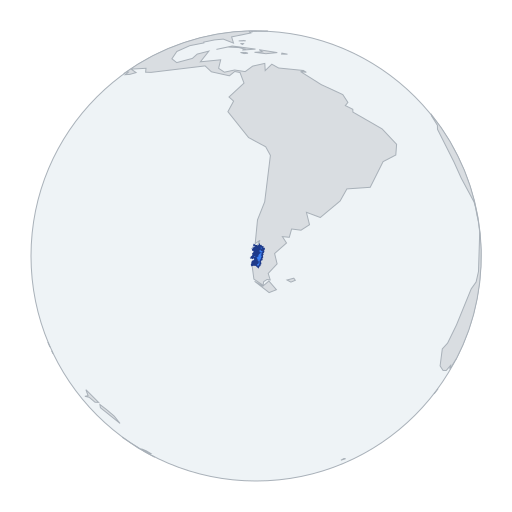 Aisén del General Carlos Ibáñez del Campo on an orthographic globe
{"feature_id": "CHL-2691", "entity_name": "Aisén del General Carlos Ibáñez del Campo", "entity_type": "Region", "adm_level": 1, "iso_a3": "CHL", "parent_name": "Chile", "parent_adm1": "", "projection": "orthographic", "projection_center": [-74.056, -46.391], "detail": "fine", "context": "on_globe", "style": "filled", "palette": "blue", "viewbox_px": 512, "rotation_deg": 0, "n_neighbors": 0, "source": "natural_earth", "source_scale": "10m", "svg_char_len": 9005}
<svg xmlns="http://www.w3.org/2000/svg" viewBox="0 0 512 512"><circle cx="256" cy="256" r="225" fill="#eef3f6" stroke="#a8b0b8"/><path d="M47.8,342.1L48.2,342.9L48.4,343.2L47.8,342.1ZM267.8,31.0L265.8,30.9L268.0,31.2L251.5,31.3L252.9,31.7L250.1,32.2L249.0,31.5L250.7,33.0L231.6,36.9L233.5,43.1L223.3,39.1L214.5,39.9L203.8,42.1L203.9,42.9L189.7,45.7L176.8,51.5L171.9,58.8L176.7,62.6L192.4,58.4L197.2,54.1L208.9,51.1L200.4,61.8L220.7,59.8L218.6,68.3L224.4,72.2L234.6,70.0L245.2,71.6L252.7,66.1L264.8,63.4L265.2,70.6L271.8,64.2L278.6,68.0L302.7,70.4L300.9,71.8L321.2,84.6L342.8,94.6L347.9,102.4L345.3,105.6L352.8,109.3L352.9,112.1L382.1,128.9L396.6,144.3L395.8,155.0L383.1,161.6L370.2,187.3L346.9,188.9L340.1,201.0L320.3,217.5L306.4,212.3L309.5,224.7L301.0,230.2L291.6,229.0L289.3,237.3L282.4,236.6L286.5,243.0L274.6,253.5L277.1,263.9L268.2,273.4L270.2,279.9L267.0,279.5L263.6,281.7L263.1,285.3L253.9,279.1L252.0,265.0L255.8,258.2L251.7,257.1L259.9,240.3L255.2,243.6L257.5,219.9L264.7,201.8L270.4,155.4L265.7,146.8L248.6,137.6L227.9,111.7L233.6,101.1L229.0,97.0L244.0,83.1L240.0,72.5L234.7,71.5L229.4,75.8L211.4,71.8L205.1,65.9L150.9,72.4L145.6,72.2L146.0,68.3L131.1,69.1L136.1,72.6L129.7,74.4L125.2,74.7L128.5,72.1L126.6,71.7L123.6,73.7L137.8,64.2L152.6,55.8L168.0,48.6L183.9,42.6L200.3,37.7L216.9,34.1L233.8,31.8L250.8,30.8L267.8,31.0ZM232.3,46.0L255.5,49.1L242.3,50.1L244.8,49.1L239.0,47.6L228.0,47.0L216.4,49.4L232.3,46.0ZM242.8,40.9L238.7,40.9L242.7,40.6L242.8,40.9ZM269.1,292.6L254.6,281.3L262.8,286.2L268.9,281.0L276.4,289.7L269.1,292.6ZM287.0,280.0L293.8,278.2L295.3,280.3L290.9,282.1L287.0,280.0ZM455.8,360.0L456.6,358.2L449.8,369.2L450.5,365.5L446.2,370.5L443.0,370.4L440.1,365.9L442.3,348.9L447.6,343.1L456.5,324.9L471.2,288.9L476.1,282.0L478.5,271.5L479.5,238.7L479.7,230.2L478.6,222.0L477.2,216.1L475.3,206.4L474.0,201.9L461.3,178.3L454.1,162.3L437.5,129.3L437.4,125.3L431.5,115.8L431.4,114.6L441.2,127.7L450.0,141.4L457.7,155.8L464.5,170.6L470.1,185.9L474.6,201.6L478.0,217.5L480.2,233.7L481.2,249.9L481.0,266.3L479.7,282.5L477.2,298.6L473.6,314.5L468.8,330.1L462.8,345.3L455.8,360.0ZM303.4,70.5L306.3,72.3L302.5,71.8L303.4,70.5ZM240.5,52.5L245.4,52.4L248.0,53.2L244.2,53.6L240.5,52.5ZM281.9,53.1L287.5,54.2L281.6,54.1L281.9,53.1ZM259.2,49.7L277.3,52.6L265.9,53.7L254.5,52.3L262.4,51.8L259.2,49.7ZM240.5,43.5L243.5,43.6L242.6,44.5L240.5,43.5ZM245.7,40.8L244.5,40.9L242.9,40.4L245.7,40.8ZM345.6,458.7L340.9,460.2L344.0,458.5L345.6,458.7ZM434.1,393.9L436.1,391.3L438.1,388.7L434.1,393.9ZM100.4,407.7L99.9,404.5L106.3,409.4L114.3,416.2L120.0,423.4L100.4,407.7ZM150.8,453.5L149.0,453.7L141.3,448.8L146.2,450.8L150.8,453.5ZM95.0,402.2L89.2,397.3L84.9,396.3L88.1,395.7L85.9,389.7L98.6,402.4L95.0,402.2ZM122.1,437.2L131.6,443.5L142.6,450.4L143.9,451.4L148.7,454.0L154.8,457.3L138.0,447.9L122.1,437.2ZM51.8,351.2L51.7,350.7L53.1,353.8L51.8,351.2ZM48.4,343.2L50.0,347.1L47.8,342.1L48.4,343.2Z" fill="#d9dde1" stroke="#a8b0b8" stroke-width="1"/><path d="M262.5,246.9L262.2,247.1L262.2,248.2L264.0,248.4L264.2,248.8L263.7,249.9L261.5,249.7L261.5,250.2L262.9,250.6L263.6,251.7L263.0,252.3L263.1,252.6L262.3,252.9L262.3,254.0L262.7,254.5L261.8,255.1L262.2,255.5L262.4,257.3L261.7,257.7L261.7,258.5L261.8,259.3L261.4,259.2L261.0,260.1L260.5,260.2L260.5,260.8L260.0,262.0L260.5,262.7L260.6,263.7L259.9,264.1L259.8,265.5L258.7,266.2L258.3,267.3L255.9,265.1L255.3,265.1L255.1,264.7L255.3,264.5L255.6,264.2L256.2,264.7L256.1,264.1L256.4,263.9L255.4,263.6L255.3,263.2L254.8,262.7L254.9,262.4L254.5,262.6L255.1,262.3L255.6,263.2L255.3,262.3L256.4,262.4L256.5,262.7L256.8,262.4L256.7,262.8L257.2,262.8L257.3,263.3L258.0,262.9L258.0,262.6L257.7,263.0L257.1,262.3L257.1,261.9L257.4,262.2L258.2,262.4L257.2,261.8L257.3,261.6L256.9,261.3L256.9,260.5L256.7,261.5L256.3,261.7L254.2,261.2L254.6,261.1L254.5,260.8L254.7,260.6L255.2,260.9L254.9,261.1L255.6,261.4L255.3,261.1L256.0,260.8L255.8,260.7L256.0,260.5L255.3,260.7L255.1,260.2L254.7,260.1L255.3,259.3L255.7,259.2L255.8,259.7L255.8,259.2L256.2,259.4L256.0,259.0L256.3,258.5L255.7,258.3L255.8,257.7L254.6,257.3L254.9,257.5L254.3,257.8L254.9,258.0L254.3,257.9L254.0,257.5L253.4,257.4L253.2,257.0L253.6,256.2L252.9,257.0L252.3,257.0L251.9,257.2L251.7,257.5L252.3,257.3L252.4,258.2L251.7,257.9L251.5,257.0L252.8,256.1L252.9,255.7L253.2,255.8L253.4,255.8L253.1,255.7L253.2,255.3L254.0,255.3L253.9,254.9L254.3,253.8L254.6,253.8L254.9,254.5L254.9,253.7L255.2,253.6L255.9,253.8L255.6,254.0L256.0,254.2L255.7,255.0L256.0,254.4L256.2,254.8L255.3,255.4L254.8,255.2L255.2,255.5L256.0,255.2L255.9,255.7L256.6,255.8L256.1,255.3L256.5,255.0L256.8,255.7L256.2,256.7L256.8,256.6L256.8,256.1L257.5,255.7L257.3,255.5L257.4,255.2L257.9,254.6L257.7,254.6L257.0,255.7L257.1,254.4L257.8,253.3L258.4,253.2L258.0,253.0L257.3,253.6L257.5,252.3L258.3,251.7L258.9,252.3L259.4,252.2L258.2,251.5L257.7,251.6L258.1,251.1L257.8,250.5L258.6,250.3L259.7,249.6L260.1,248.6L260.1,248.0L259.7,248.6L259.1,247.8L258.5,247.6L258.6,247.2L258.2,247.3L258.7,247.0L259.0,245.7L259.5,245.9L259.4,245.4L259.3,245.7L258.9,245.6L259.5,245.2L260.2,245.8L260.9,245.6L261.5,246.5L262.5,246.9ZM257.6,249.1L258.3,249.1L258.2,248.7L258.6,248.8L258.3,248.3L258.9,248.5L258.7,248.2L259.0,248.0L259.0,248.6L259.3,248.3L259.7,248.7L259.5,249.1L259.0,249.0L259.4,249.4L258.2,250.3L257.8,249.8L258.4,249.8L257.8,249.7L257.6,249.1ZM253.2,264.9L252.8,264.8L252.7,263.7L252.1,263.9L252.6,263.5L252.1,263.6L252.4,263.1L252.1,263.3L252.1,262.6L252.6,262.4L253.3,264.3L253.2,264.9ZM254.6,264.5L254.8,264.9L254.6,265.1L253.6,264.7L253.5,264.3L253.9,263.9L254.3,264.1L254.0,263.7L254.2,262.8L254.6,263.8L254.4,264.0L254.6,264.5ZM253.5,264.1L252.8,262.6L254.0,263.0L253.9,263.7L253.5,264.1ZM256.9,251.4L256.2,251.5L255.5,251.0L256.5,250.5L256.9,251.4ZM252.8,262.5L253.1,261.9L254.1,261.6L254.0,262.4L254.2,262.8L253.4,262.3L252.8,262.5ZM255.0,249.3L256.5,249.3L255.4,249.8L255.0,249.3ZM256.7,261.9L254.8,262.0L255.5,261.8L255.4,261.6L256.7,261.9ZM254.1,253.7L254.0,254.5L253.2,254.9L253.8,254.5L253.2,254.4L253.1,254.0L253.7,254.2L253.5,253.9L254.1,253.7ZM252.7,264.5L252.1,265.1L252.4,264.8L251.8,264.7L252.0,264.1L252.6,264.0L252.7,264.5ZM254.8,253.4L255.0,252.3L255.4,252.5L255.5,253.2L254.8,253.4ZM257.1,252.3L257.3,252.6L257.0,253.5L256.7,253.1L257.1,252.3ZM255.2,250.6L255.7,250.0L256.4,250.3L255.2,250.6ZM255.7,251.5L256.7,251.8L256.1,251.9L255.7,251.5ZM255.8,245.9L256.5,245.7L256.8,246.2L256.4,246.0L256.2,246.4L255.8,245.9ZM257.1,248.7L257.3,249.4L256.8,249.5L256.7,248.9L257.1,248.7ZM256.0,253.2L256.0,252.7L256.4,252.9L256.4,253.3L256.0,253.2ZM253.4,261.6L252.6,261.5L252.6,261.3L253.3,261.1L253.2,261.5L253.4,261.6ZM256.0,252.2L256.5,252.7L256.1,252.6L255.8,252.8L256.0,252.2ZM254.7,263.6L254.8,263.1L254.6,263.3L254.7,262.8L255.2,263.3L254.7,263.6ZM256.9,254.7L256.8,255.3L256.3,254.7L256.9,254.7ZM255.0,248.6L254.6,248.4L255.4,248.2L255.5,248.4L255.0,248.6ZM252.7,264.8L252.8,265.2L251.9,265.4L251.9,265.1L252.2,265.2L252.7,264.8ZM255.5,258.9L256.2,258.6L255.8,259.1L255.5,258.9ZM254.0,245.3L254.1,244.8L254.6,245.1L254.0,245.3ZM254.6,252.8L254.6,253.4L254.3,253.5L254.3,253.0L254.6,252.8ZM254.9,263.7L255.3,263.4L255.6,264.1L255.4,264.1L254.9,263.7ZM256.9,253.7L257.0,254.0L256.7,254.0L256.3,254.4L256.9,253.7ZM256.3,249.7L256.6,249.6L256.8,250.3L256.5,250.3L256.3,249.7ZM252.8,249.8L253.3,250.2L252.9,250.2L252.8,249.8ZM256.1,247.9L256.0,247.2L256.5,247.5L256.1,247.6L256.1,247.9ZM255.1,251.6L255.1,252.1L254.7,251.7L255.1,251.6ZM255.9,253.5L256.2,253.6L256.1,254.1L255.9,253.5ZM258.6,246.7L258.2,246.4L258.5,246.2L258.6,246.7ZM255.0,249.4L255.1,250.0L254.7,249.5L255.0,249.4ZM253.8,261.2L253.6,261.5L253.4,261.1L253.5,261.0L253.8,261.2ZM255.4,251.4L255.3,251.7L255.0,251.4L255.1,251.1L255.4,251.4ZM255.0,264.4L254.8,263.9L255.4,264.2L255.0,264.4ZM256.1,248.6L255.8,248.4L255.7,248.3L256.3,248.7L255.8,248.6L256.1,248.6ZM255.3,248.6L255.8,248.8L255.1,248.7L255.3,248.6ZM254.4,261.5L254.8,261.6L254.8,261.8L254.5,262.0L254.4,261.5ZM256.9,246.4L257.2,246.6L257.2,247.1L256.9,246.8L256.9,246.4ZM254.9,258.7L255.2,258.6L255.3,258.7L254.9,259.1L254.9,258.7ZM254.4,249.1L254.8,249.3L254.3,249.2L254.4,249.1ZM252.5,257.3L253.0,257.2L253.1,257.5L252.5,257.3ZM256.0,264.0L255.7,264.1L255.5,263.8L256.0,264.0ZM256.2,249.6L256.0,250.0L255.6,249.8L256.2,249.6ZM257.3,249.5L257.2,249.9L256.9,249.8L256.9,249.6L257.3,249.5ZM255.8,247.9L256.4,248.0L256.3,248.4L255.8,247.9ZM256.3,247.0L256.6,247.4L256.1,247.2L256.3,247.0ZM256.8,254.1L257.0,254.5L256.6,254.5L256.8,254.1ZM256.6,252.1L256.4,252.2L256.1,252.1L256.3,252.0L256.6,252.1ZM254.8,252.8L254.7,252.3L254.9,252.2L254.8,252.8ZM253.8,248.9L254.1,249.2L253.9,249.3L253.8,248.9ZM256.7,248.3L256.4,248.2L256.5,248.1L256.7,248.3ZM256.7,247.7L256.3,247.9L256.2,247.7L256.7,247.7ZM253.8,252.9L254.1,253.3L253.7,253.0L253.8,252.9ZM258.2,248.1L258.3,247.8L258.5,248.1L258.2,248.1ZM257.1,248.3L256.7,248.1L257.1,248.0L257.1,248.3ZM255.0,247.7L255.3,247.6L255.3,247.8L255.0,247.7ZM255.4,247.2L255.2,247.4L255.1,247.2L255.4,247.2Z" fill="#3b82f6" stroke="#1e3a8a" stroke-width="1.5"/></svg>